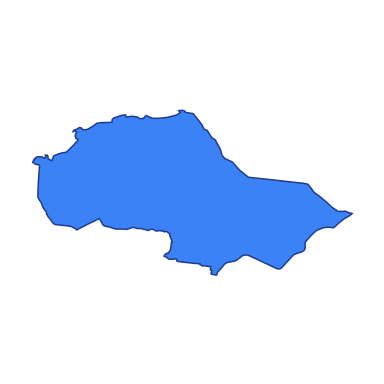 Alimosho, Lagos, Nigeria (Robinson projection), rotated 96°
{"feature_id": "59680162B54313559089261", "entity_name": "Alimosho", "entity_type": "district", "adm_level": 2, "iso_a3": "NGA", "parent_name": "Nigeria", "parent_adm1": "Lagos", "projection": "robinson", "projection_center": [3.269, 6.583], "detail": "fine", "context": "isolated", "style": "filled", "palette": "blue", "viewbox_px": 384, "rotation_deg": 96, "n_neighbors": 0, "source": "geoboundaries", "source_scale": "gbopen_adm2", "svg_char_len": 5750}
<svg xmlns="http://www.w3.org/2000/svg" viewBox="0 0 384 384"><g transform="rotate(96 192 192)"><path d="M122.2,266.2L122.8,267.8L122.9,269.5L126.7,277.8L128.6,279.0L128.8,279.1L130.2,278.6L130.6,278.6L131.3,280.5L131.6,282.8L132.1,286.4L132.3,288.5L133.1,291.8L133.5,293.4L133.7,293.7L133.6,293.8L135.1,295.5L136.3,296.7L136.6,297.1L138.4,299.5L139.8,301.4L140.9,303.1L141.1,304.5L141.4,306.9L139.7,309.2L139.7,310.9L140.7,312.0L141.5,313.1L142.2,314.3L142.8,315.8L143.3,316.3L144.2,316.5L144.4,316.5L144.0,316.0L143.5,315.2L143.6,314.6L143.9,314.1L144.1,313.5L144.3,313.0L144.6,312.8L145.0,312.8L145.7,313.5L146.0,313.6L146.9,314.0L147.4,313.9L148.2,314.0L148.7,314.0L149.0,313.8L150.1,313.3L150.8,313.1L151.2,312.8L151.4,311.4L151.6,310.8L152.2,310.8L152.6,310.8L153.4,311.4L154.2,312.2L155.2,312.8L158.5,315.3L160.0,316.5L163.3,319.2L165.5,321.1L166.5,324.8L167.8,328.2L168.4,329.5L170.7,333.4L173.1,334.0L174.8,334.6L175.2,334.7L175.5,335.1L175.5,335.5L174.8,336.7L174.0,338.1L172.7,339.0L172.3,339.0L171.4,339.0L170.9,339.3L170.5,339.8L170.7,341.6L171.2,341.2L171.8,341.0L172.4,341.3L173.0,341.8L173.7,341.9L173.9,342.4L172.8,344.3L172.7,344.7L172.9,347.3L173.1,348.9L173.5,350.2L174.6,351.2L175.1,351.8L175.6,352.0L176.0,351.8L176.0,352.3L176.2,352.5L177.3,352.9L178.6,353.5L179.3,353.4L179.5,352.3L179.8,351.9L180.4,351.3L180.9,350.4L180.8,349.7L180.8,347.7L181.3,347.0L182.3,346.2L183.7,346.1L183.8,346.4L184.4,346.2L187.8,346.2L191.9,346.1L198.0,345.8L202.6,345.6L205.1,345.4L208.1,345.2L210.2,345.0L211.8,344.9L213.0,344.8L214.4,344.1L214.5,343.9L215.0,343.6L215.5,343.3L216.5,342.5L217.1,341.9L218.0,341.0L218.9,340.6L219.9,340.1L222.2,339.0L224.1,337.7L224.7,337.2L225.0,336.9L225.5,336.4L225.9,335.9L226.4,335.3L228.0,334.6L228.8,334.1L229.4,333.9L229.6,334.1L229.8,333.7L230.3,333.4L231.5,332.6L234.7,329.5L237.0,327.4L237.9,326.4L238.6,325.0L238.7,319.3L238.7,316.2L238.7,313.8L238.6,312.4L238.7,311.8L238.8,309.9L239.2,307.6L239.7,306.5L240.6,304.3L241.1,303.4L241.8,302.7L241.4,302.2L240.1,300.2L235.5,293.2L232.8,288.9L231.7,287.1L229.7,284.0L228.1,281.4L229.2,280.5L231.4,278.9L233.9,277.3L234.9,275.7L235.3,272.2L235.6,270.1L236.3,266.2L236.8,264.1L236.2,257.3L236.0,255.6L236.0,254.7L236.0,252.7L234.9,250.5L234.1,249.1L233.3,246.8L233.8,243.8L234.0,242.4L233.9,240.7L233.7,239.9L233.6,239.4L233.7,238.5L233.9,237.5L234.2,236.1L234.3,235.6L234.3,234.7L234.2,233.9L234.7,232.8L234.9,231.7L234.0,230.0L233.4,229.3L233.1,228.3L233.1,227.8L233.3,227.0L233.4,226.3L233.5,226.0L233.6,225.8L233.7,225.5L233.9,225.0L234.0,224.9L234.3,224.4L234.4,224.0L234.5,223.5L234.6,223.2L234.4,222.5L234.1,222.0L234.0,221.2L234.0,220.8L233.8,219.9L233.8,219.1L233.9,218.5L233.9,218.2L234.0,217.5L234.0,216.8L234.0,216.4L234.1,216.0L234.4,215.6L234.4,215.3L234.5,215.0L234.4,214.7L234.2,214.5L234.2,214.3L233.9,213.3L234.0,212.9L234.5,212.1L235.2,211.2L235.6,210.5L236.1,209.5L236.4,209.7L237.2,209.7L238.2,209.3L239.2,208.7L240.2,208.2L241.0,207.8L242.4,207.2L243.4,206.8L244.2,206.5L244.5,206.5L244.7,207.2L245.0,207.2L245.9,207.2L247.5,207.2L248.6,207.2L249.8,207.3L250.5,207.4L251.1,207.3L251.5,207.3L252.3,207.6L253.6,208.3L254.8,209.0L255.1,209.2L255.4,209.5L255.7,209.9L255.4,210.6L255.9,211.1L256.3,211.3L257.0,212.2L257.3,212.6L257.9,212.9L258.4,213.0L258.8,213.0L258.8,212.7L259.0,212.3L259.1,211.7L259.1,211.0L259.7,210.4L260.4,209.6L261.0,208.3L261.2,207.9L261.1,206.3L261.0,204.1L260.5,204.0L260.4,202.8L260.4,201.6L260.4,200.6L260.5,199.9L260.9,199.9L261.4,200.0L262.0,199.9L262.3,199.7L262.6,199.3L262.6,198.7L262.6,196.9L262.5,195.9L262.6,195.3L262.6,194.8L262.8,194.7L262.7,192.4L262.7,189.2L262.7,187.0L262.7,184.9L262.8,184.7L262.8,183.5L262.7,181.3L262.7,180.5L262.6,178.3L262.7,177.1L262.7,176.3L263.4,176.4L264.0,174.7L264.2,174.0L264.3,174.0L264.2,173.8L264.2,173.7L264.1,172.5L264.1,171.1L264.2,170.1L264.3,168.6L264.3,166.9L264.2,166.1L264.2,165.6L264.7,165.6L265.8,165.6L267.1,165.5L267.7,165.5L268.0,164.1L270.0,164.4L271.0,164.5L271.5,164.5L271.7,163.7L271.8,162.7L272.0,161.2L272.0,160.5L272.1,159.8L271.9,158.6L271.2,158.7L270.5,158.7L269.9,158.5L269.2,158.2L268.4,157.7L267.2,156.8L264.7,155.0L264.3,154.7L263.4,154.1L261.9,153.1L260.2,151.9L259.5,151.3L259.0,150.5L258.6,149.8L258.1,148.5L257.5,146.3L256.9,144.5L256.4,142.8L255.6,141.1L254.7,140.0L253.7,138.9L252.9,138.2L252.2,137.3L250.3,135.4L249.3,133.4L248.9,131.2L249.0,129.8L249.6,127.9L252.2,120.2L253.8,115.6L254.2,114.4L254.8,112.7L255.8,109.7L256.5,107.7L257.2,106.0L257.4,105.2L257.9,103.6L258.4,102.3L258.9,101.0L259.5,99.1L259.5,98.0L259.2,96.6L258.6,95.4L257.3,94.4L255.0,92.7L251.5,90.1L249.0,88.2L246.4,86.3L244.2,84.7L243.4,83.8L242.4,81.7L241.5,79.7L240.5,77.6L239.7,75.9L238.6,74.7L237.6,74.0L235.6,73.5L234.0,73.8L231.1,74.2L229.8,74.0L228.4,73.1L227.9,72.6L227.1,72.1L225.5,70.9L222.9,69.1L219.6,66.3L217.5,64.4L216.5,62.7L215.9,61.6L215.1,60.2L213.6,57.0L213.2,55.2L212.8,52.5L212.7,47.3L207.7,42.9L202.8,38.0L202.3,37.3L198.8,32.4L197.8,31.6L197.6,31.3L196.6,30.5L196.3,33.4L195.1,37.4L195.6,41.1L195.8,43.0L196.1,44.4L194.9,46.7L192.3,51.6L189.1,55.7L185.2,61.3L182.8,64.9L180.5,68.9L179.7,70.4L178.3,71.8L176.1,73.6L172.1,77.6L171.7,81.9L171.6,83.6L171.7,85.0L171.4,137.5L167.2,144.0L165.8,146.2L164.3,148.1L164.0,148.5L163.1,149.4L159.3,153.5L157.9,155.1L157.5,156.2L155.3,162.9L154.3,163.9L152.5,165.9L146.3,168.4L137.8,174.3L135.9,178.0L129.2,183.3L128.2,186.6L123.7,189.4L114.0,199.0L113.5,206.5L111.9,208.2L111.9,211.0L112.5,213.7L114.3,212.0L116.6,214.8L117.1,215.6L118.1,218.1L118.9,220.1L120.0,223.2L120.6,225.4L122.0,232.1L122.5,235.6L122.7,237.6L122.8,239.0L122.0,241.7L120.8,245.8L124.1,248.3L124.4,252.0L123.1,254.2L122.9,259.6L124.4,265.1L124.0,265.3L122.2,266.2Z" fill="#3b82f6" stroke="#1e3a8a" stroke-width="1.5"/></g></svg>